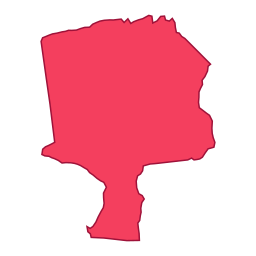 outline of Ibiara, Paraíba, Brazil
{"feature_id": "56859067B91211344520608", "entity_name": "Ibiara", "entity_type": "district", "adm_level": 2, "iso_a3": "BRA", "parent_name": "Brazil", "parent_adm1": "Paraíba", "projection": "equal_earth", "projection_center": [-38.401, -7.507], "detail": "fine", "context": "isolated", "style": "filled", "palette": "rose", "viewbox_px": 256, "rotation_deg": 0, "n_neighbors": 0, "source": "geoboundaries", "source_scale": "gbopen_adm2", "svg_char_len": 1661}
<svg xmlns="http://www.w3.org/2000/svg" viewBox="0 0 256 256"><path d="M91.2,237.4L103.9,238.0L126.9,240.6L139.4,240.4L139.1,233.5L138.4,228.4L137.8,223.1L139.7,220.4L140.3,215.8L141.1,212.2L140.8,208.2L141.8,202.6L144.2,199.0L142.2,195.6L138.8,193.7L136.7,187.8L136.2,181.1L137.6,175.8L140.5,174.0L142.6,170.8L143.3,165.9L150.1,164.0L155.1,163.6L187.8,159.9L191.6,158.1L194.0,159.9L196.9,159.5L199.8,158.9L202.4,157.2L205.1,153.0L208.1,148.8L210.8,148.1L213.9,147.2L214.9,142.4L213.2,137.7L212.2,133.3L211.9,128.2L212.3,121.1L209.5,115.3L206.5,113.2L202.6,110.2L199.3,107.7L198.5,102.4L198.9,97.5L199.0,91.9L200.4,88.6L202.5,84.5L202.1,80.3L204.9,76.6L207.5,71.1L208.1,66.2L210.5,64.2L184.8,38.4L181.7,36.5L179.2,33.1L176.4,32.5L175.4,27.6L174.9,22.7L172.3,18.4L169.3,21.1L165.5,20.0L164.5,16.1L160.7,16.4L157.1,20.9L152.8,23.0L151.9,16.2L148.8,15.4L145.8,17.0L142.7,18.7L138.4,19.9L133.7,21.7L130.8,23.5L127.9,18.8L124.1,22.5L121.2,19.1L116.6,19.6L113.3,20.0L109.7,19.9L104.2,20.3L100.0,21.1L96.5,22.5L92.7,24.2L89.6,27.2L84.6,27.4L80.5,28.6L76.4,30.1L71.6,30.4L68.6,30.3L65.6,31.3L61.9,31.9L57.1,33.1L52.5,33.9L49.2,35.1L46.1,36.4L42.6,37.8L41.1,41.4L46.4,79.1L50.0,104.1L54.7,142.3L51.7,143.9L48.5,145.5L45.5,146.8L42.7,149.2L41.9,154.5L44.9,155.9L49.0,156.3L51.7,157.7L54.4,158.6L58.3,160.4L62.0,163.0L66.0,162.6L71.0,162.8L74.6,163.4L77.4,164.2L80.5,165.5L84.1,167.7L87.3,169.5L89.6,172.6L93.1,175.0L97.2,178.5L100.6,180.8L103.8,182.3L106.4,187.2L103.5,193.1L103.6,197.8L104.1,203.4L103.3,207.7L101.1,211.4L98.2,216.9L95.9,222.1L92.9,226.5L90.1,228.4L87.0,226.6L87.9,231.8L90.3,233.7L91.2,237.4Z" fill="#f43f5e" stroke="#9f1239" stroke-width="1.5"/></svg>